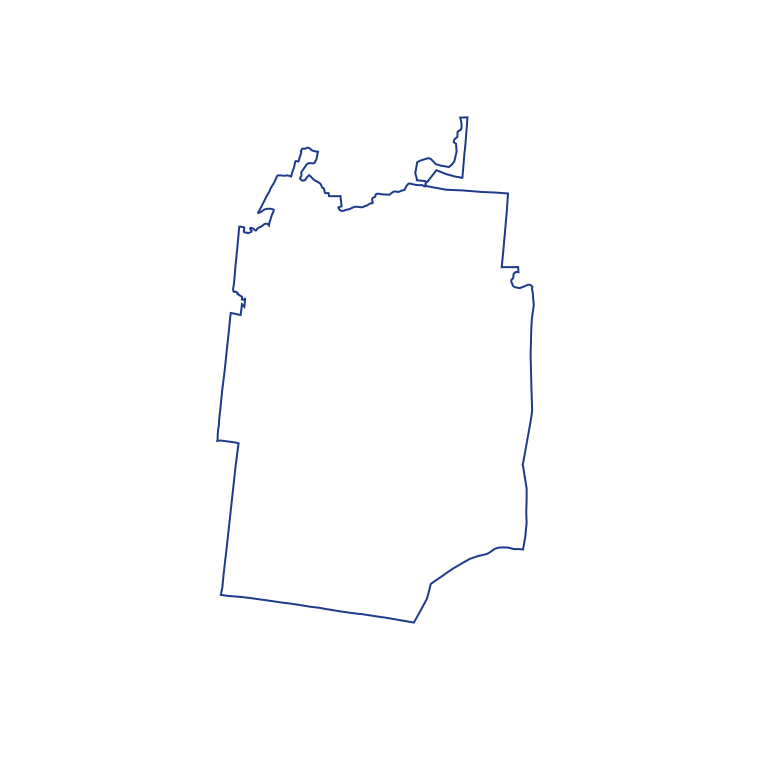 Popesti, Arges, Romania (Mercator projection), rotated 125°
{"feature_id": "2599482B99719362105911", "entity_name": "Popesti", "entity_type": "district", "adm_level": 2, "iso_a3": "ROU", "parent_name": "Romania", "parent_adm1": "Arges", "projection": "mercator", "projection_center": [25.115, 44.453], "detail": "fine", "context": "isolated", "style": "outline", "palette": "blue", "viewbox_px": 768, "rotation_deg": 125, "n_neighbors": 0, "source": "geoboundaries", "source_scale": "gbopen_adm2", "svg_char_len": 6022}
<svg xmlns="http://www.w3.org/2000/svg" viewBox="0 0 768 768"><g transform="rotate(125 384 384)"><path d="M618.4,413.6L622.0,411.6L632.5,405.9L637.4,403.1L639.1,402.3L640.2,401.5L643.8,399.5L647.2,398.1L650.3,396.7L648.1,392.2L646.2,388.7L643.0,383.4L640.2,378.5L636.1,370.9L625.5,350.1L621.1,341.3L617.7,335.0L613.3,326.2L608.9,316.9L605.1,309.9L603.4,306.5L602.3,303.8L598.8,296.7L596.4,291.5L590.6,280.1L588.7,276.5L587.0,273.1L585.6,270.9L576.4,252.3L574.7,249.1L562.3,222.7L547.5,224.2L535.7,225.6L532.4,226.7L525.1,229.4L520.9,231.0L516.2,229.3L506.2,225.5L501.7,224.0L500.6,223.5L495.9,221.7L491.7,219.8L486.6,217.5L478.2,213.5L477.9,213.3L471.0,208.3L467.1,204.8L465.7,203.5L464.1,202.2L462.6,201.4L461.7,201.0L455.8,198.8L455.1,198.5L453.7,197.4L452.1,196.0L450.1,193.5L446.9,188.7L445.6,185.3L444.7,182.9L442.1,179.2L439.8,175.2L429.0,180.2L415.8,187.6L407.8,193.7L396.2,201.3L387.7,207.3L370.9,223.6L370.8,224.0L370.6,224.2L367.9,225.2L330.4,242.5L323.8,245.8L320.8,247.4L300.9,262.3L275.8,280.8L254.0,295.2L246.3,300.0L234.6,306.0L234.0,306.1L223.8,314.7L220.8,317.6L219.3,318.1L218.8,320.8L219.8,322.7L223.1,324.8L225.5,326.3L227.7,327.9L229.6,332.2L229.7,334.4L227.1,338.6L225.3,339.5L224.4,339.0L222.9,339.0L219.4,341.0L216.7,340.4L215.3,338.0L211.3,341.2L220.8,354.6L206.9,362.4L172.2,382.4L156.8,391.7L163.4,402.8L170.4,413.7L180.2,430.4L189.2,444.5L197.8,463.3L196.6,464.4L196.1,464.7L194.9,465.0L193.6,464.4L178.8,463.7L177.5,458.3L176.5,453.8L175.8,451.8L173.0,444.0L171.3,440.7L170.6,438.5L170.1,438.1L152.7,448.2L148.2,450.9L145.6,452.1L142.8,453.8L141.2,454.7L137.9,456.6L121.4,466.3L120.2,467.2L117.7,468.6L122.1,474.4L124.3,471.8L127.6,468.8L130.2,467.2L132.1,467.0L133.7,468.0L135.5,468.3L139.4,465.6L143.5,466.7L145.9,465.5L145.9,462.8L152.0,457.8L161.3,454.1L165.2,454.2L169.0,455.3L172.5,462.6L174.2,467.7L172.8,474.6L173.5,477.2L180.3,482.5L183.3,484.0L193.4,479.3L197.5,474.3L198.3,473.9L194.4,467.2L194.1,466.0L194.3,465.6L194.7,465.2L196.6,464.8L198.0,463.5L198.5,463.5L198.9,464.6L199.3,467.1L200.6,468.7L201.6,470.2L202.8,472.5L203.9,475.1L205.0,477.9L205.8,478.8L208.5,479.2L213.2,478.5L216.0,480.8L218.3,482.2L220.1,485.7L221.8,486.9L225.8,488.1L229.9,494.6L230.9,497.1L232.3,499.0L233.8,499.6L234.9,498.8L236.1,498.8L237.1,499.5L238.5,500.0L239.5,499.7L241.3,498.1L241.6,497.4L242.2,497.1L242.8,497.4L243.4,498.3L244.8,499.2L247.9,500.6L250.1,502.3L251.2,502.7L252.0,503.5L254.6,508.3L255.4,509.3L257.1,510.7L260.2,512.4L263.5,515.2L263.8,515.6L264.9,516.0L266.3,517.7L266.7,518.4L266.7,520.5L266.0,522.1L265.5,522.7L262.8,520.6L255.1,527.4L261.3,536.2L261.6,536.8L259.5,538.7L259.5,539.1L261.0,541.1L261.3,541.9L260.8,542.7L258.6,545.0L258.4,545.5L258.5,547.2L258.5,547.6L257.0,549.6L256.6,550.6L256.4,551.6L256.4,553.9L256.9,557.0L256.9,558.2L256.6,560.5L256.0,563.3L255.9,565.1L256.5,565.3L258.1,565.6L259.8,565.6L262.4,565.7L264.2,567.3L264.1,570.3L263.1,571.0L261.3,571.0L259.8,571.7L258.2,573.2L248.0,573.3L246.3,572.3L244.8,570.2L243.9,568.6L242.9,567.8L242.3,567.6L240.7,568.2L239.1,568.1L231.6,571.3L232.4,572.8L233.0,574.0L233.2,575.0L233.8,576.3L234.0,577.9L233.6,579.2L233.8,581.4L234.8,582.7L236.0,583.2L237.0,584.2L238.1,585.9L238.8,585.8L240.8,585.7L241.1,585.2L241.3,584.9L241.7,584.7L243.5,584.0L245.5,583.4L247.4,582.9L249.3,582.1L250.5,581.7L250.9,581.8L251.0,582.0L251.5,583.2L251.9,583.9L252.3,584.3L254.5,583.6L256.3,582.7L258.0,582.0L259.9,581.4L261.5,581.1L262.5,580.8L267.3,579.1L267.5,580.1L267.8,580.9L268.5,582.5L268.7,583.0L269.3,583.7L269.8,584.2L271.1,585.8L271.3,586.3L271.9,587.4L272.4,588.4L273.8,590.3L274.4,590.7L274.8,590.8L275.2,590.9L275.9,590.7L276.9,590.3L277.4,590.3L278.0,590.2L278.7,590.3L279.8,589.9L280.6,589.7L284.7,589.3L285.7,589.4L287.0,589.2L288.2,589.1L289.2,589.0L291.6,588.4L293.1,588.2L295.9,588.0L296.1,588.0L298.3,587.8L303.2,587.0L307.3,586.5L308.4,586.2L310.9,586.0L315.4,585.4L316.0,585.3L316.1,585.2L315.9,584.8L315.6,584.6L314.1,583.8L312.2,582.9L310.7,582.5L309.5,581.9L308.7,581.3L307.8,580.4L306.8,579.3L306.2,578.5L305.8,577.8L305.0,576.3L304.7,575.6L304.6,574.1L305.0,573.8L306.5,573.4L307.6,573.2L308.7,573.1L312.5,572.0L314.8,571.2L317.1,570.5L317.8,570.3L320.1,569.2L320.0,569.6L319.9,570.1L319.8,570.6L319.7,571.2L319.8,571.6L320.0,572.0L320.5,572.7L321.0,573.2L321.5,573.6L322.1,573.8L324.4,574.5L325.6,575.0L326.4,575.4L327.8,576.3L328.8,576.7L329.5,576.9L331.2,576.8L331.6,576.9L331.7,577.0L332.0,577.5L332.1,578.3L331.7,579.7L331.6,580.0L332.1,581.7L332.5,582.6L332.7,582.9L332.8,583.0L333.0,583.0L333.4,582.8L333.6,582.6L333.8,582.4L334.0,581.8L334.3,580.8L334.5,580.2L335.0,580.0L335.7,580.1L336.2,580.3L337.0,580.9L338.1,581.6L338.5,582.0L338.8,582.6L338.7,583.1L338.8,583.5L339.0,583.9L339.6,584.6L339.7,584.9L339.8,585.3L339.8,585.8L339.7,586.0L339.5,586.4L339.2,586.6L338.6,586.8L337.9,587.0L337.1,587.6L336.3,588.0L336.1,588.1L336.0,588.4L336.0,588.6L336.3,589.2L336.3,589.5L336.5,589.8L336.8,590.5L337.3,591.6L338.2,592.8L343.0,590.1L343.5,589.7L351.7,585.1L354.6,583.4L359.7,580.5L360.4,580.2L364.5,577.8L372.8,573.2L386.9,565.0L387.3,564.9L387.8,564.5L388.3,564.2L389.3,563.8L389.7,563.5L391.3,562.8L392.4,562.3L393.5,561.5L394.5,560.4L394.6,559.8L394.5,559.5L394.3,559.3L393.7,559.0L393.5,558.7L393.5,558.3L393.4,556.9L393.4,556.7L393.3,556.3L393.4,556.1L393.6,555.9L394.3,555.6L394.4,555.4L394.2,554.8L394.0,554.5L394.0,554.2L394.1,553.9L394.3,553.6L394.4,553.4L394.3,553.2L394.1,552.6L394.0,550.6L394.1,550.3L394.2,550.1L396.3,548.9L395.8,548.1L395.1,546.9L394.4,547.1L394.2,547.1L393.9,547.0L393.8,546.8L393.8,546.6L400.9,542.7L400.2,546.1L404.4,543.8L409.8,541.0L409.9,541.3L410.8,543.3L411.5,545.3L413.7,550.3L414.3,550.0L420.0,546.9L429.3,541.6L443.0,534.1L464.2,522.3L482.4,512.7L501.4,502.0L502.2,501.8L503.2,501.1L504.6,500.3L508.4,498.2L512.4,495.7L513.3,495.2L514.1,494.9L516.3,493.8L521.3,490.9L523.5,489.4L524.9,488.5L525.6,488.2L526.2,488.0L523.9,485.2L517.4,472.7L516.0,469.1L535.6,458.9L596.6,425.4L616.0,414.8L618.4,413.6Z" fill="none" stroke="#1e3a8a" stroke-width="2"/></g></svg>